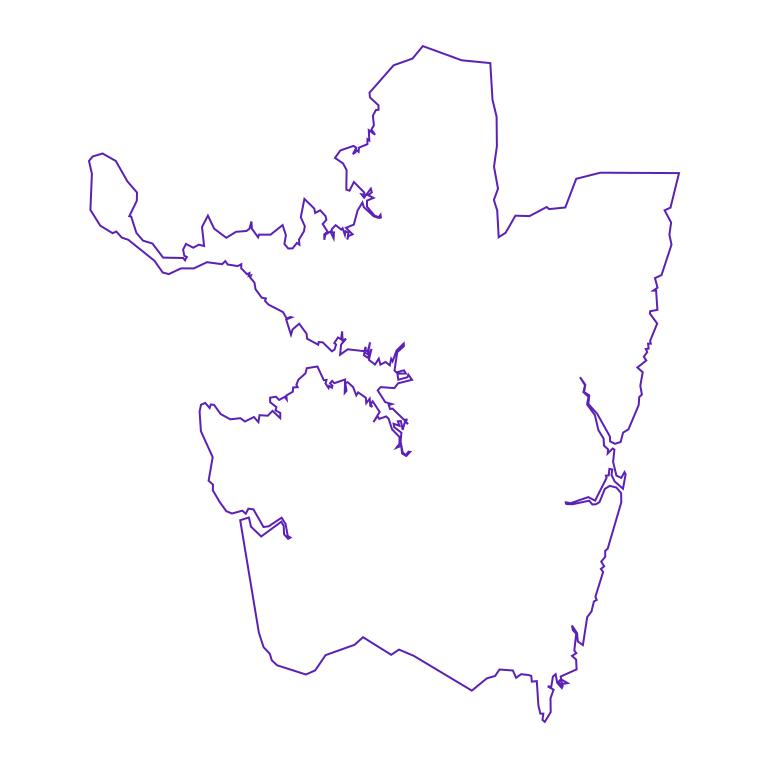 Chake Chake, Kusini-Pemba, United Republic of Tanzania
{"feature_id": "72390352B74660811526984", "entity_name": "Chake Chake", "entity_type": "district", "adm_level": 2, "iso_a3": "TZA", "parent_name": "United Republic of Tanzania", "parent_adm1": "Kusini-Pemba", "projection": "equal_earth", "projection_center": [39.751, -5.247], "detail": "fine", "context": "isolated", "style": "outline", "palette": "violet", "viewbox_px": 768, "rotation_deg": 0, "n_neighbors": 0, "source": "geoboundaries", "source_scale": "gbopen_adm2", "svg_char_len": 6114}
<svg xmlns="http://www.w3.org/2000/svg" viewBox="0 0 768 768"><path d="M369.5,92.7L370.0,97.5L378.5,105.3L378.5,109.8L375.9,110.0L372.9,115.8L373.9,125.3L371.4,129.5L375.1,134.7L368.8,130.2L369.3,140.5L367.5,139.2L367.4,144.2L359.0,147.6L358.6,151.8L356.2,149.8L355.5,152.4L352.9,154.1L356.3,147.8L353.6,145.9L340.4,150.4L335.0,157.9L343.1,163.5L346.6,170.1L346.3,189.6L349.5,190.7L353.9,182.0L364.3,192.6L364.5,194.8L361.5,194.3L364.1,197.7L370.8,188.7L371.8,192.4L368.2,195.2L373.5,197.9L367.0,200.6L367.0,206.7L374.5,215.6L378.8,217.2L380.5,214.8L380.9,217.5L378.8,218.0L373.7,216.3L363.8,207.1L362.4,202.5L357.6,210.5L353.8,224.6L346.0,227.8L352.6,234.3L348.3,236.2L347.3,239.6L348.5,232.8L345.6,231.2L344.9,234.9L342.6,228.2L341.3,229.6L335.7,225.2L331.8,229.1L331.8,232.4L334.0,232.4L333.6,238.3L330.4,231.5L325.3,234.7L324.3,239.8L324.3,234.3L327.6,231.7L322.7,224.0L326.4,219.8L325.5,216.1L320.2,210.3L315.2,213.0L314.3,208.6L304.4,198.9L300.8,217.2L304.8,226.2L304.0,231.2L299.0,239.6L299.4,244.7L296.9,242.9L292.6,248.4L288.2,248.5L284.4,243.9L285.9,235.1L282.6,225.1L270.5,234.7L258.9,234.7L258.1,237.3L251.9,228.7L251.4,221.5L249.5,228.7L246.4,231.0L236.0,231.8L226.3,237.8L214.2,228.7L207.9,215.6L202.0,227.0L204.1,246.0L198.9,244.7L193.2,247.7L186.0,243.9L183.1,249.6L184.3,255.8L186.8,256.9L185.0,260.3L183.1,258.0L163.1,257.6L152.4,243.5L143.1,240.7L136.4,232.9L131.2,216.6L129.3,216.2L136.8,200.8L137.0,192.5L127.4,181.4L115.8,161.0L102.6,153.5L92.8,156.4L89.0,160.9L91.9,173.8L90.4,209.9L100.3,225.7L112.6,233.2L116.3,231.5L121.8,237.6L128.3,239.8L154.5,260.8L162.7,272.5L168.8,274.1L180.9,268.4L193.8,268.4L207.0,262.2L222.1,264.2L225.3,261.1L227.7,264.5L237.7,266.1L241.3,264.2L241.2,268.3L247.0,274.2L249.4,273.1L248.7,276.0L251.0,275.3L250.1,277.4L254.5,282.7L255.5,289.2L261.7,297.7L265.9,298.5L265.0,300.9L268.5,304.6L283.0,312.1L286.6,318.5L290.4,317.0L291.6,317.3L286.2,319.5L291.0,334.8L292.6,329.4L299.2,323.7L306.6,333.8L307.1,338.7L318.2,344.7L318.7,342.1L322.7,342.3L331.9,351.3L334.5,349.6L336.1,344.5L334.3,343.0L338.0,337.5L341.1,339.3L342.1,331.4L342.6,340.4L346.1,338.8L341.1,344.5L340.1,354.7L347.8,349.3L364.4,351.2L365.6,346.8L365.8,350.8L367.8,351.1L370.1,342.3L367.7,354.1L364.5,352.5L363.9,355.2L367.8,357.7L371.5,348.9L368.9,359.9L375.0,364.5L378.8,358.6L380.4,364.6L385.6,362.0L389.8,365.3L391.2,358.8L392.6,361.3L396.6,350.5L403.7,343.5L403.9,346.2L397.2,352.2L394.5,370.5L396.4,372.4L404.0,370.3L405.9,373.5L397.4,373.7L398.3,379.7L407.4,377.3L408.4,374.7L412.0,379.8L398.1,383.3L394.4,388.1L380.6,387.1L377.7,390.4L385.2,402.1L391.9,404.1L388.7,405.0L390.1,409.0L392.5,408.6L404.2,419.9L407.4,419.4L405.3,420.9L408.0,424.1L405.0,421.5L402.7,429.9L400.9,421.1L397.9,421.3L399.4,425.8L393.6,423.8L394.2,427.2L401.4,432.7L400.6,441.6L402.7,452.5L405.9,455.1L408.5,451.6L410.1,451.9L406.3,456.0L402.1,453.5L401.2,445.8L396.4,447.8L399.5,443.8L399.5,437.0L392.1,429.4L388.6,418.7L386.1,416.4L379.3,418.9L377.5,416.2L373.4,422.1L379.7,411.9L372.6,401.3L370.6,404.3L372.3,406.9L370.3,405.8L369.7,398.7L366.3,403.1L365.8,397.7L358.1,392.4L356.3,395.4L353.1,387.1L347.7,382.2L345.3,383.1L346.5,390.8L344.7,392.9L345.1,379.5L334.3,383.2L332.1,380.9L330.1,383.3L332.4,385.8L332.0,387.7L329.1,386.0L328.5,388.0L325.5,383.4L326.5,379.9L323.8,380.2L317.4,366.5L306.8,368.2L305.4,373.4L298.3,379.8L296.4,384.8L297.6,387.2L293.2,387.4L292.8,391.7L286.3,395.5L286.7,399.5L284.7,396.9L279.1,399.9L275.9,396.7L270.1,397.7L270.2,402.3L276.4,407.1L275.5,410.4L280.3,413.0L280.2,418.1L272.5,410.9L267.8,415.7L259.5,415.2L258.4,422.1L253.9,417.0L245.0,421.5L240.4,418.2L230.3,419.3L220.7,414.1L214.1,404.9L210.8,404.5L209.6,408.0L205.2,402.9L201.0,404.8L199.6,411.7L200.9,431.2L212.7,457.2L208.6,480.7L213.0,484.6L212.8,490.3L219.7,502.0L226.3,511.2L232.0,513.5L242.3,510.7L245.8,513.7L248.4,508.7L253.4,509.3L263.5,527.0L268.7,526.3L281.6,517.7L285.6,524.1L287.7,535.8L290.4,537.6L288.1,538.8L284.1,534.3L283.7,526.0L281.3,521.7L261.2,536.5L251.0,526.7L248.9,517.5L240.2,520.2L258.9,632.8L263.6,647.2L269.8,653.8L271.8,660.3L277.1,665.3L305.9,674.5L315.2,670.4L325.6,655.1L354.6,644.8L363.0,637.2L391.2,654.8L399.0,649.6L413.7,655.8L471.8,690.6L486.9,678.3L495.1,676.0L499.5,669.5L512.9,670.5L516.1,677.8L521.1,674.2L528.5,675.0L531.3,676.0L531.8,681.6L536.8,681.1L538.4,705.5L540.4,713.7L543.3,713.6L542.5,719.9L544.8,721.9L550.7,712.1L550.5,698.3L553.6,689.7L547.7,686.4L551.3,686.6L552.9,676.6L555.6,674.2L557.2,682.7L561.8,688.0L562.7,686.0L558.1,682.1L560.0,680.3L563.1,683.9L567.6,683.1L561.1,679.3L560.7,676.5L576.6,669.4L576.1,659.6L572.0,655.9L576.3,653.2L574.3,650.5L576.2,633.7L572.9,630.2L571.9,625.5L577.1,633.2L577.8,641.5L582.9,645.1L587.2,617.1L591.5,611.4L593.9,601.5L596.7,599.9L595.4,596.8L603.1,572.0L600.9,568.9L604.2,566.3L601.2,561.7L605.2,556.8L605.2,550.9L607.7,548.7L621.3,502.3L621.1,493.1L616.3,487.5L609.8,485.9L604.9,488.8L599.5,502.1L596.1,504.2L592.4,504.5L589.2,500.7L572.7,504.2L567.0,504.1L566.0,503.7L565.8,502.3L570.7,503.2L588.2,497.1L595.1,500.6L606.6,477.8L605.9,475.7L608.7,475.4L609.4,468.9L612.3,469.5L611.5,474.9L614.6,481.4L623.0,488.7L625.6,474.3L624.5,472.1L621.3,477.9L616.4,475.6L613.1,461.8L614.4,449.7L612.7,448.5L607.7,453.5L608.1,449.4L604.0,445.6L603.6,438.6L598.4,430.1L594.9,415.1L587.1,404.4L588.5,396.6L583.4,392.2L585.0,385.2L580.0,377.2L585.3,384.7L584.1,392.1L589.2,395.3L588.4,404.0L597.2,413.8L609.9,436.5L610.1,441.4L615.0,443.8L620.6,442.0L623.1,432.6L628.5,429.3L638.7,405.0L639.2,397.1L641.9,394.6L640.3,385.8L642.7,372.2L637.4,367.5L646.3,360.5L643.8,356.7L647.2,352.1L645.8,349.0L648.6,348.6L648.1,343.7L650.8,343.7L650.1,340.9L657.2,323.5L649.9,313.6L650.2,311.2L657.4,309.9L656.1,290.6L653.3,290.6L657.5,287.7L655.0,278.1L661.5,275.1L671.5,244.7L669.4,234.7L671.1,222.5L664.6,210.3L670.5,207.6L679.0,173.1L600.3,172.7L576.2,178.8L565.3,207.5L549.1,209.1L546.7,207.0L529.5,216.1L515.4,215.7L505.6,232.8L498.7,237.2L497.2,210.5L493.9,199.9L498.0,188.7L494.0,166.7L496.9,146.2L496.6,116.7L492.5,99.7L490.3,63.1L461.7,60.3L422.8,46.1L412.5,58.6L393.6,65.3L369.5,92.7Z" fill="none" stroke="#5b21b6" stroke-width="2"/></svg>